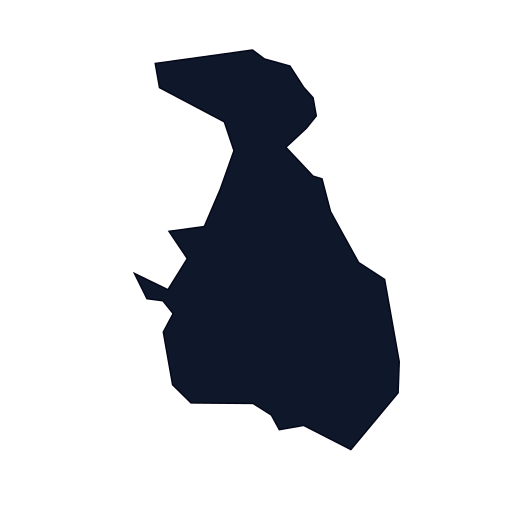 Durrës, Durrës, Albania (Robinson projection), rotated 350°
{"feature_id": "67620474B45959085094100", "entity_name": "Durrës", "entity_type": "district", "adm_level": 2, "iso_a3": "ALB", "parent_name": "Albania", "parent_adm1": "Durrës", "projection": "robinson", "projection_center": [19.515, 41.413], "detail": "fine", "context": "isolated", "style": "filled", "palette": "ink", "viewbox_px": 512, "rotation_deg": 350, "n_neighbors": 0, "source": "geoboundaries", "source_scale": "gbopen_adm2", "svg_char_len": 608}
<svg xmlns="http://www.w3.org/2000/svg" viewBox="0 0 512 512"><g transform="rotate(350 256 256)"><path d="M288.3,52.5L190.2,48.9L190.2,73.4L248.1,118.4L252.6,148.4L232.5,183.9L210.2,218.0L174.6,216.6L187.9,246.6L163.4,273.9L133.3,252.1L141.2,279.1L156.5,283.9L164.4,298.3L151.5,314.8L151.5,368.3L166.5,389.4L227.5,400.7L243.5,415.3L248.8,431.1L273.5,431.1L315.8,463.1L372.2,415.4L378.7,384.9L378.6,301.4L355.9,280.2L337.1,225.2L334.4,191.5L326.0,187.2L304.3,154.1L327.8,138.9L339.7,128.5L339.7,110.1L332.2,98.1L322.4,74.8L298.5,63.4L288.3,52.5Z" fill="#0f172a" stroke="#020617" stroke-width="1.5"/></g></svg>